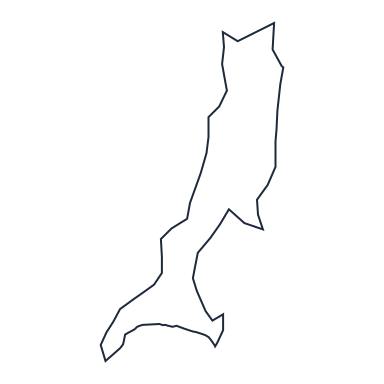 Palaichori Oreinis, Nicosia, Cyprus (Equal Earth projection)
{"feature_id": "46923920B93188189979448", "entity_name": "Palaichori Oreinis", "entity_type": "district", "adm_level": 2, "iso_a3": "CYP", "parent_name": "Cyprus", "parent_adm1": "Nicosia", "projection": "equal_earth", "projection_center": [33.105, 34.937], "detail": "fine", "context": "isolated", "style": "outline", "palette": "slate", "viewbox_px": 384, "rotation_deg": 0, "n_neighbors": 0, "source": "geoboundaries", "source_scale": "gbopen_adm2", "svg_char_len": 1063}
<svg xmlns="http://www.w3.org/2000/svg" viewBox="0 0 384 384"><path d="M222.8,32.1L224.0,47.1L222.1,64.1L224.0,74.7L226.9,90.6L219.2,106.5L208.5,117.1L208.5,137.2L206.5,153.1L200.7,173.2L190.0,202.9L187.1,218.8L171.6,228.4L160.9,239.0L161.9,257.0L161.9,272.9L154.1,284.6L145.4,290.9L134.7,298.4L120.1,309.0L113.3,321.7L106.5,332.3L100.7,345.0L105.5,361.0L120.1,348.2L123.0,344.5L123.0,344.4L123.7,341.8L125.1,334.6L128.0,332.9L134.5,329.4L137.3,326.7L142.3,324.9L149.9,324.5L159.5,324.0L162.6,325.1L165.7,324.9L167.6,325.7L168.5,325.8L172.5,326.8L176.6,325.8L183.8,328.5L189.8,330.5L193.0,331.5L196.2,332.1L200.6,333.5L205.2,335.1L208.7,337.2L210.9,339.9L214.5,345.1L215.1,346.4L217.2,342.9L223.1,330.2L223.1,314.3L212.4,320.6L205.6,311.1L196.8,290.9L192.9,278.2L194.9,267.6L197.8,252.8L210.4,237.9L220.1,224.1L228.9,209.3L244.4,223.1L262.9,229.4L258.0,214.6L257.0,199.7L267.7,184.9L275.5,166.9L275.5,141.4L276.5,129.8L277.4,110.7L280.3,84.2L283.3,67.4L281.7,66.1L272.6,49.5L274.1,23.0L237.7,41.2L222.8,32.1Z" fill="none" stroke="#1e293b" stroke-width="2"/></svg>